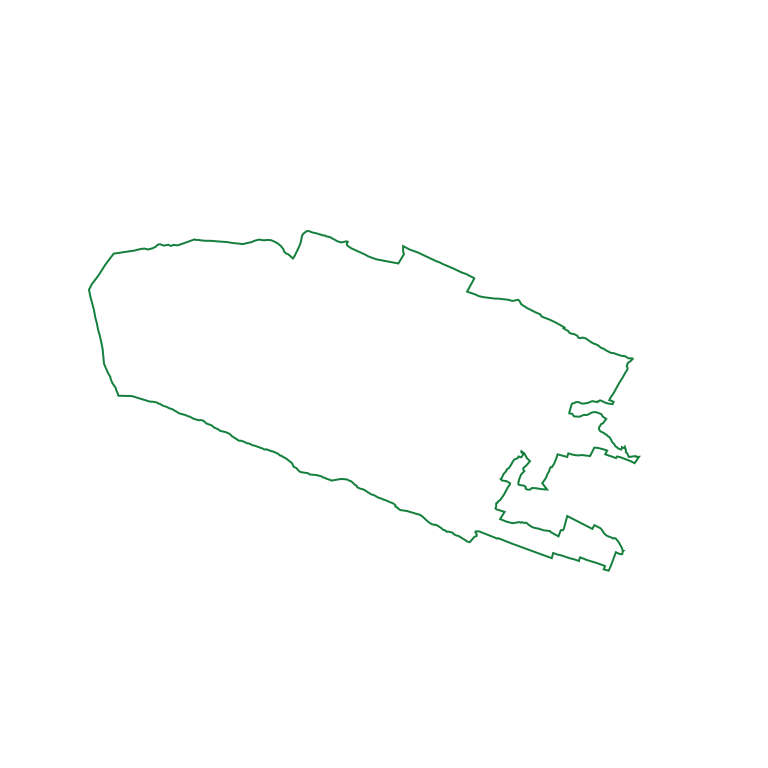 the district of Bogdana, Vaslui, Romania, rotated 309°
{"feature_id": "2599482B6283542308753", "entity_name": "Bogdana", "entity_type": "district", "adm_level": 2, "iso_a3": "ROU", "parent_name": "Romania", "parent_adm1": "Vaslui", "projection": "robinson", "projection_center": [27.624, 46.537], "detail": "fine", "context": "isolated", "style": "outline", "palette": "green", "viewbox_px": 768, "rotation_deg": 309, "n_neighbors": 0, "source": "geoboundaries", "source_scale": "gbopen_adm2", "svg_char_len": 6149}
<svg xmlns="http://www.w3.org/2000/svg" viewBox="0 0 768 768"><g transform="rotate(309 384 384)"><path d="M539.9,478.9L538.4,472.7L535.8,464.7L535.8,463.2L536.5,461.6L534.9,456.0L532.8,446.1L532.9,444.6L532.5,443.1L532.4,440.3L533.6,437.6L533.9,435.5L533.3,434.7L530.0,432.2L529.1,430.9L527.7,427.6L522.2,419.0L520.4,416.8L514.1,406.7L511.9,402.3L511.2,399.1L508.1,390.4L522.7,387.8L523.0,387.4L521.0,378.1L519.5,374.0L517.2,364.4L514.3,354.5L513.5,350.7L512.3,347.1L507.3,326.8L504.7,319.6L503.2,312.1L499.2,315.3L497.4,317.8L486.7,319.3L476.4,300.2L474.8,296.0L473.2,291.1L472.6,287.6L468.9,273.3L468.5,268.5L469.0,267.4L470.0,266.7L471.6,266.5L471.5,265.3L467.0,261.5L465.6,258.0L464.1,249.2L462.6,246.8L462.2,244.7L461.4,243.7L458.5,236.5L456.7,233.0L455.6,229.5L454.1,227.7L449.8,226.7L447.9,226.9L441.2,230.4L437.0,231.7L426.6,234.1L424.2,234.2L424.5,230.3L424.5,227.8L423.9,226.1L424.0,223.1L425.4,221.1L426.3,217.2L426.4,213.3L425.7,209.4L424.7,205.8L423.0,203.2L420.0,200.1L417.5,195.9L413.6,193.1L411.0,191.8L403.9,186.2L398.1,177.3L395.7,173.0L385.9,158.8L382.1,154.0L378.8,148.6L377.6,147.2L377.2,145.8L362.0,136.5L359.9,133.2L359.0,132.4L357.6,131.9L357.0,131.1L356.5,128.8L353.0,125.8L351.7,122.0L350.2,120.7L346.5,120.0L343.8,118.7L340.0,115.9L338.4,112.5L337.0,111.1L334.4,108.8L330.9,106.3L315.2,91.9L301.8,92.3L288.6,93.8L278.0,94.1L271.6,95.4L267.0,101.0L259.5,111.4L253.8,118.0L250.9,122.1L245.9,128.1L242.9,132.5L237.3,139.5L233.9,143.5L223.5,153.7L218.9,162.6L217.2,167.0L216.0,168.2L213.9,172.0L212.2,177.7L210.4,180.3L209.2,183.0L207.8,184.6L207.8,185.0L216.0,195.8L223.1,213.4L223.7,214.3L224.2,214.6L226.8,219.2L226.8,221.0L227.5,222.3L228.1,226.2L229.3,229.0L230.3,233.5L231.1,234.6L231.5,238.2L232.0,240.2L232.0,241.9L232.6,244.1L235.0,249.4L235.5,251.8L236.3,253.2L237.2,258.1L239.4,263.0L241.0,264.8L241.7,266.6L241.8,267.9L241.5,270.7L243.4,276.1L243.2,279.3L244.4,283.4L244.5,286.2L247.1,291.5L247.5,293.8L248.1,295.0L247.7,298.9L248.1,300.4L247.9,301.4L248.3,303.0L248.6,306.9L250.0,308.6L250.0,309.2L250.8,310.6L251.8,315.0L252.7,316.2L253.7,320.4L254.8,322.6L257.5,330.4L257.8,332.3L259.3,333.8L260.5,337.7L261.8,340.5L263.1,345.4L263.0,348.2L263.8,349.9L263.7,350.7L264.5,355.1L264.6,362.3L263.0,365.5L262.9,366.3L263.5,368.6L262.8,373.4L263.5,375.4L266.9,381.2L266.9,382.7L267.3,383.8L270.6,388.6L272.7,393.2L273.2,395.9L273.9,397.1L274.0,398.4L275.9,403.5L275.9,404.0L282.2,409.5L283.7,411.1L286.4,415.1L286.8,416.4L287.0,418.1L287.6,419.1L287.7,421.2L287.4,424.9L287.7,426.8L286.9,428.3L287.9,431.8L289.2,434.6L290.1,443.1L291.5,447.0L292.0,450.6L293.7,455.4L293.8,456.5L294.4,457.5L297.0,466.5L297.0,469.2L295.9,470.0L296.3,471.1L296.1,471.8L296.4,472.7L296.1,473.4L296.3,476.0L299.7,481.7L305.1,494.7L305.2,497.5L304.7,504.6L305.0,508.7L306.2,511.9L307.1,512.5L307.7,515.1L308.1,519.7L307.9,522.0L308.8,523.5L308.5,525.5L309.9,527.1L311.6,530.8L311.2,532.7L311.7,535.2L312.8,537.6L313.9,545.8L313.8,547.3L315.0,550.2L321.9,550.4L324.2,551.6L325.3,551.0L326.4,548.2L327.1,548.0L329.3,550.6L335.0,568.9L335.2,569.6L336.1,569.9L340.4,583.7L354.2,624.0L359.1,621.8L360.7,626.3L362.8,630.6L365.4,637.9L367.2,641.6L369.1,646.9L372.6,645.4L372.8,645.6L374.9,652.5L378.8,662.1L381.4,669.6L381.6,670.4L378.3,671.4L380.3,676.1L385.5,674.7L399.2,670.1L400.2,674.1L401.3,675.9L401.8,676.1L402.5,675.9L403.9,674.9L404.9,675.0L404.6,674.6L406.1,672.4L408.7,666.3L409.7,661.6L409.2,659.9L408.0,659.2L407.9,657.5L407.0,655.1L406.2,652.0L406.6,648.6L408.1,643.8L408.0,642.3L406.7,636.3L402.5,637.1L396.7,609.5L385.5,614.5L383.0,615.1L381.6,613.4L375.4,615.5L373.8,606.6L374.2,605.6L370.9,600.4L368.7,594.7L367.6,593.0L366.1,589.4L365.6,585.0L365.8,582.4L365.3,581.2L364.2,580.4L363.3,578.0L362.3,577.6L362.0,576.5L361.4,575.6L356.9,571.8L354.3,566.4L352.1,559.2L360.5,558.2L357.3,550.1L357.6,548.8L359.5,548.2L361.7,546.4L362.6,546.4L363.0,546.9L365.2,546.7L366.7,547.3L373.1,546.9L382.2,545.2L385.0,545.1L386.2,544.5L385.6,540.4L383.3,536.5L383.6,534.4L384.9,534.7L388.6,533.7L391.2,533.6L392.7,533.9L394.9,533.2L397.4,534.0L402.6,533.4L404.0,533.0L407.3,532.8L410.4,534.5L412.4,534.2L412.9,536.0L413.5,536.8L416.5,536.6L417.4,536.2L417.3,534.0L417.7,533.3L418.2,533.1L418.4,536.8L416.3,541.8L415.9,546.0L409.7,545.9L406.9,545.2L405.9,545.4L405.1,546.2L404.7,547.9L399.8,547.5L394.6,549.2L391.4,550.8L390.7,551.5L390.6,552.4L393.0,556.7L393.2,557.7L393.1,559.1L392.3,559.3L391.8,560.3L392.2,561.9L394.1,564.2L396.0,564.3L396.8,565.1L398.6,567.6L401.6,572.9L404.6,577.1L406.5,569.4L413.0,569.0L417.1,567.6L420.6,567.2L421.7,566.4L423.7,565.9L424.5,566.0L425.0,566.8L428.9,566.4L434.1,564.9L438.6,563.2L442.6,572.3L446.1,570.9L447.6,574.7L449.3,577.8L450.8,580.0L453.2,582.3L457.7,589.5L466.9,587.5L468.8,590.2L471.4,595.8L472.7,599.3L468.6,600.2L472.5,611.0L474.4,610.8L475.9,613.9L479.3,624.5L480.2,628.6L487.9,628.0L486.2,626.1L486.4,625.0L481.4,620.2L483.1,616.7L483.3,614.7L484.9,613.7L486.7,610.7L485.2,611.0L484.7,608.7L483.8,609.3L482.3,609.6L481.2,606.1L481.5,604.9L481.2,603.1L482.1,601.1L482.5,597.5L483.3,596.3L484.6,593.1L484.3,591.4L484.6,589.1L484.2,587.0L484.3,585.5L483.6,583.1L483.5,581.2L484.1,579.7L485.2,578.7L485.8,578.5L489.4,578.0L491.5,578.9L496.7,578.7L496.3,574.5L497.1,572.9L497.3,571.5L495.5,566.5L494.0,564.5L492.2,563.3L487.9,561.4L487.1,560.7L486.6,559.7L484.9,558.2L481.9,556.8L478.7,552.5L478.5,551.4L479.3,549.1L477.8,546.5L479.0,545.7L486.5,542.5L487.4,542.7L489.1,543.9L490.8,544.6L492.4,546.7L493.1,549.6L494.0,551.0L497.2,554.1L501.7,556.6L504.3,561.3L505.2,561.1L505.7,561.8L507.0,562.0L507.7,563.1L508.6,567.2L509.7,570.2L512.2,574.3L514.7,573.6L513.3,569.2L516.7,568.5L521.4,568.2L532.4,566.2L538.5,565.5L546.2,564.2L547.7,564.3L549.8,563.2L550.4,561.8L551.1,561.2L553.6,560.3L554.9,560.5L556.5,561.2L560.1,561.5L560.2,561.3L560.2,560.8L557.9,558.0L557.2,553.5L555.1,550.4L552.5,543.0L551.1,541.0L549.9,535.7L549.6,532.3L548.8,530.5L548.7,525.3L547.5,521.8L547.0,519.7L546.3,511.7L544.9,509.0L543.1,507.7L542.3,506.1L543.1,504.2L542.9,502.4L542.5,500.5L540.8,497.4L540.5,495.6L541.1,493.8L540.2,488.6L541.5,488.7L539.9,478.9Z" fill="none" stroke="#15803d" stroke-width="2"/></g></svg>